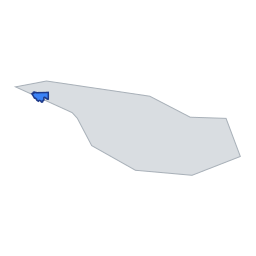 Choll, Palau (highlighted), rotated 269°
{"feature_id": "81905179B4066449576994", "entity_name": "Choll", "entity_type": "district", "adm_level": 2, "iso_a3": "PLW", "parent_name": "Palau", "parent_adm1": "", "projection": "albers", "projection_center": [134.635, 7.673], "detail": "fine", "context": "in_parent", "style": "filled", "palette": "blue", "viewbox_px": 256, "rotation_deg": 269, "n_neighbors": 0, "source": "geoboundaries", "source_scale": "gbopen_adm2", "svg_char_len": 2514}
<svg xmlns="http://www.w3.org/2000/svg" viewBox="0 0 256 256"><g transform="rotate(269 128 128)"><path d="M135.9,226.2L97.6,239.8L79.6,191.2L85.6,134.7L111.0,91.4L138.6,77.5L144.3,72.5L171.1,16.2L176.4,47.3L159.4,150.3L137.7,190.4L135.9,226.2Z" fill="#d9dde1" stroke="#a8b0b8" stroke-width="1"/><path d="M165.0,48.9L165.0,48.7L165.0,48.4L165.0,48.2L165.0,47.8L165.0,47.6L165.0,47.4L165.0,47.2L164.9,47.1L164.9,46.9L164.9,46.7L164.9,46.4L164.9,46.2L164.9,45.8L164.9,45.7L164.9,45.4L164.9,45.2L164.9,44.8L164.9,44.7L164.9,44.4L164.9,44.2L164.9,43.8L164.9,43.7L164.9,43.4L164.9,43.2L164.9,42.9L164.9,42.7L164.9,42.4L164.9,42.2L164.9,41.9L164.9,41.7L164.9,41.4L164.9,41.1L164.9,40.9L164.9,40.7L164.9,40.3L164.9,40.2L164.9,39.9L164.8,39.7L164.9,39.4L164.8,39.2L164.8,38.8L164.9,38.7L164.8,38.4L164.8,38.2L164.8,37.9L164.8,37.7L164.9,37.3L164.9,37.1L165.0,37.0L164.9,36.9L165.0,36.8L165.0,36.7L165.1,36.4L165.1,36.2L165.1,35.9L165.2,35.7L165.3,35.7L165.3,35.4L165.3,35.2L165.5,35.1L165.4,34.9L165.5,34.9L165.5,34.7L165.5,34.4L165.4,34.3L165.4,34.2L165.2,34.2L165.0,33.9L164.9,33.9L164.7,33.8L164.6,33.7L164.6,33.8L164.5,33.7L164.4,33.8L164.4,33.7L164.2,33.6L164.3,33.5L164.3,33.4L164.3,33.2L164.2,33.2L163.9,33.0L163.9,32.9L163.9,33.0L163.8,32.9L163.7,32.9L163.7,33.0L163.7,32.9L163.6,33.0L163.5,32.9L163.3,32.9L163.2,32.9L163.2,33.0L159.5,35.0L159.6,35.3L159.6,35.5L159.5,35.8L159.4,35.8L159.3,36.0L159.2,36.1L159.1,36.3L158.9,36.4L158.8,36.5L158.7,36.6L158.4,36.8L158.4,37.0L158.2,37.0L157.9,37.2L157.7,37.2L157.7,37.3L157.4,37.5L157.2,37.7L157.0,37.8L156.9,38.0L156.8,38.3L156.8,38.5L156.7,38.6L156.4,38.7L156.3,38.8L156.4,39.0L156.5,39.1L156.7,39.3L156.8,39.4L157.0,39.5L157.2,39.8L157.1,40.0L157.0,40.4L157.0,40.5L156.9,40.7L156.9,40.8L156.8,41.0L156.7,41.2L156.4,41.3L156.2,41.4L156.2,41.5L155.9,41.5L155.7,41.7L155.6,41.8L155.4,42.0L155.4,42.3L155.5,42.4L155.5,42.6L155.5,42.8L155.5,43.0L155.8,43.2L156.1,43.3L156.3,43.2L156.5,43.3L156.8,43.4L156.9,43.5L157.0,43.5L157.1,43.8L157.3,43.9L157.3,44.0L157.3,44.3L157.5,44.4L157.9,44.4L158.0,44.4L158.3,44.4L158.7,44.4L158.8,44.4L159.0,44.4L159.4,44.3L159.5,44.3L159.8,44.4L159.8,44.5L160.0,44.7L160.2,44.8L160.2,45.0L160.1,45.3L160.1,45.5L159.9,45.7L159.8,45.8L159.7,46.0L159.4,46.2L159.4,46.3L159.3,46.5L159.2,46.6L159.2,46.8L159.0,47.0L158.9,47.0L158.7,47.2L158.6,47.3L158.5,47.5L158.4,47.6L158.5,47.7L158.4,47.8L158.3,48.0L158.2,48.3L158.3,48.3L158.3,48.5L158.5,48.7L158.5,48.8L161.9,48.9L165.0,48.9Z" fill="#3b82f6" stroke="#1e3a8a" stroke-width="1.5"/></g></svg>